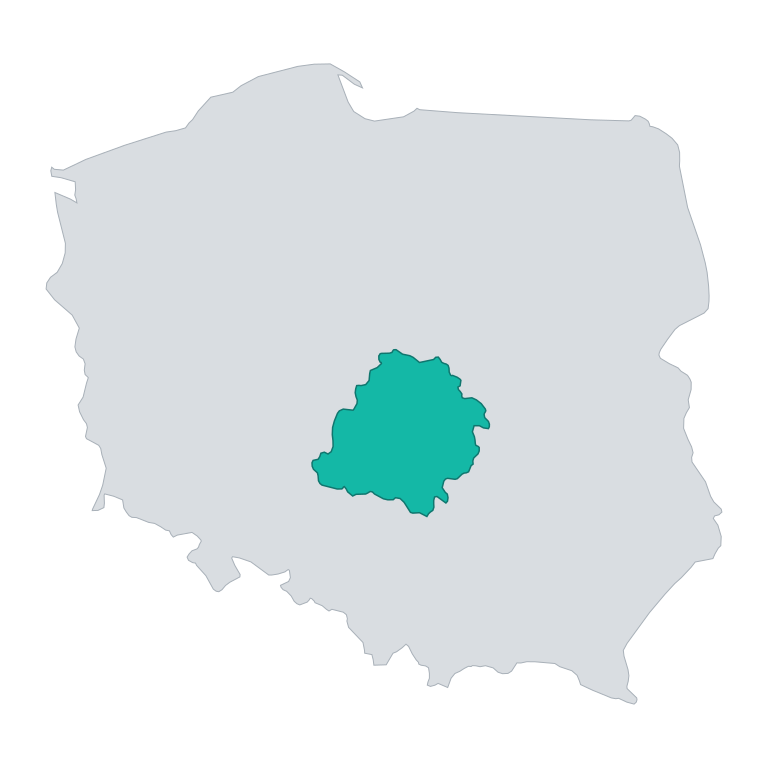 where Łódź sits in Poland
{"feature_id": "POL-3147", "entity_name": "Łódź", "entity_type": "Voivodeship", "adm_level": 1, "iso_a3": "POL", "parent_name": "Poland", "parent_adm1": "", "projection": "mercator", "projection_center": [19.498, 51.569], "detail": "fine", "context": "in_parent", "style": "filled", "palette": "teal", "viewbox_px": 768, "rotation_deg": 0, "n_neighbors": 0, "source": "natural_earth", "source_scale": "10m", "svg_char_len": 5616}
<svg xmlns="http://www.w3.org/2000/svg" viewBox="0 0 768 768"><path d="M688.0,439.4L691.6,446.9L693.1,452.8L691.6,457.4L692.0,462.0L705.5,481.8L710.6,496.3L713.8,501.9L721.2,509.1L721.9,512.1L718.9,514.8L714.6,515.9L713.3,518.5L717.9,525.2L721.2,536.5L720.8,545.7L718.3,548.1L715.1,553.6L712.9,558.6L695.2,562.0L691.0,567.4L681.3,577.7L674.7,583.6L664.9,594.3L649.5,612.6L627.1,643.3L623.3,650.3L624.0,656.1L628.0,669.6L628.9,675.7L628.2,681.3L626.9,686.3L627.1,688.6L636.7,697.9L637.0,699.8L636.2,702.2L634.1,704.1L626.8,702.1L618.6,698.3L615.8,698.7L611.3,697.9L593.0,690.4L580.6,684.6L579.4,680.8L577.1,675.3L571.8,670.7L559.8,666.7L554.9,663.5L535.3,661.8L526.8,661.7L520.8,663.0L516.9,662.9L511.6,671.1L508.0,673.4L502.6,673.7L498.0,672.2L493.2,667.9L485.5,665.7L480.0,666.7L475.9,665.8L472.4,665.6L471.2,666.5L468.4,666.3L464.3,668.4L459.8,671.3L454.9,673.5L451.1,678.2L447.7,687.5L438.1,683.4L434.9,685.2L430.4,686.4L427.3,685.1L428.0,681.9L429.4,678.3L429.4,673.3L428.5,667.7L425.5,665.9L421.1,665.2L418.8,664.1L418.5,662.3L416.2,659.9L412.3,653.9L408.6,646.4L406.0,644.2L402.2,647.7L396.5,651.8L393.0,653.2L386.2,664.8L373.9,665.2L373.2,659.8L371.9,654.6L364.7,653.2L364.5,650.2L363.0,642.5L348.6,627.4L346.9,621.1L347.4,618.7L346.4,614.7L343.3,612.2L331.9,609.3L329.0,611.0L326.4,609.3L322.2,605.7L315.0,602.7L314.3,601.2L311.7,598.6L310.2,598.2L309.3,599.8L307.2,602.1L299.8,604.9L296.9,603.7L294.2,601.3L291.2,596.0L286.7,591.3L283.1,589.7L281.0,587.2L280.5,585.3L288.6,581.5L290.4,577.6L289.4,570.4L288.2,569.5L284.9,571.9L278.2,574.0L271.9,575.0L268.7,575.0L250.9,561.9L239.3,557.9L232.5,556.7L231.7,558.1L234.8,565.4L240.1,574.5L239.9,576.9L229.9,582.2L225.6,585.4L222.0,589.7L218.8,591.7L216.1,591.2L213.3,589.1L205.9,575.7L196.6,565.4L195.5,563.1L192.6,562.6L188.5,560.3L187.1,557.1L189.2,553.8L192.0,550.8L197.0,548.9L198.5,547.2L199.4,544.5L201.3,541.1L200.8,539.9L197.2,536.0L192.0,532.4L177.3,535.1L173.3,537.1L171.1,534.5L169.4,530.8L165.7,530.1L160.6,526.7L154.6,523.4L148.7,522.4L136.5,517.6L131.8,517.3L129.1,515.7L126.3,512.0L123.9,508.0L122.6,499.9L113.6,496.2L104.7,493.9L104.1,495.1L104.4,503.3L103.9,507.6L98.0,510.4L92.2,510.6L92.5,509.3L99.5,494.5L102.7,485.2L106.2,468.2L101.9,454.7L100.7,448.4L98.7,445.3L86.5,438.7L85.5,436.5L87.4,427.5L86.5,423.7L83.5,419.7L79.6,411.8L78.1,405.0L83.1,397.1L86.5,383.2L88.3,377.6L85.1,374.5L84.3,370.1L85.1,363.8L83.4,359.1L79.1,356.0L76.2,351.9L74.9,346.9L76.0,339.0L79.3,328.1L72.2,315.1L54.6,299.8L46.1,289.0L46.8,282.9L50.5,277.3L57.2,272.3L62.3,263.5L65.2,252.9L65.4,243.3L57.6,212.3L56.3,204.5L54.9,192.5L70.4,199.1L76.9,202.9L76.1,198.7L74.8,195.1L75.6,189.8L75.2,181.8L61.1,177.7L51.8,176.3L50.8,170.8L51.7,167.2L54.3,169.3L63.4,170.1L85.9,159.4L124.6,145.3L166.1,132.1L175.7,130.7L185.5,127.9L189.1,122.9L192.6,119.6L198.3,110.9L210.8,97.2L232.8,92.2L241.1,85.7L258.3,76.6L297.7,66.4L314.1,64.2L330.2,63.9L344.6,72.0L359.8,81.9L362.5,87.9L354.3,84.2L342.3,75.2L337.9,74.9L348.1,102.0L353.7,111.5L365.0,118.7L374.5,121.1L403.6,116.8L414.0,111.1L417.0,108.3L419.7,109.7L457.9,112.7L590.7,119.8L628.9,120.9L631.2,120.2L635.1,115.6L639.8,116.2L645.4,119.1L648.1,121.2L649.2,123.5L649.9,126.3L652.9,126.8L658.6,128.9L666.1,133.7L672.1,138.3L677.7,144.9L679.6,152.4L679.7,160.8L679.4,166.2L687.6,207.4L700.5,244.8L705.2,262.7L707.1,272.3L708.6,286.0L709.1,295.7L709.0,301.1L708.1,308.6L704.2,313.0L679.5,325.6L674.9,329.5L667.6,339.3L660.8,349.3L659.3,352.7L658.9,355.0L660.4,358.3L669.2,363.6L678.1,367.9L681.0,371.2L687.5,375.3L689.9,379.0L691.2,382.2L691.1,389.6L688.2,399.8L689.4,407.6L686.4,412.7L683.9,418.4L683.6,428.4L688.0,439.4Z" fill="#d9dde1" stroke="#a8b0b8" stroke-width="1"/><path d="M396.1,349.7L402.6,354.2L409.8,355.7L413.2,357.4L419.5,362.5L433.6,359.5L435.7,357.3L438.3,357.1L440.1,359.4L441.7,362.3L443.9,363.4L446.3,364.1L448.1,365.4L449.0,368.2L449.2,372.1L450.6,375.2L451.6,375.7L452.6,375.4L457.3,377.3L459.9,379.1L460.9,380.3L460.1,385.8L457.9,387.1L458.4,389.5L460.3,391.6L461.9,394.0L461.7,396.0L462.3,397.8L464.7,398.6L471.9,397.8L476.4,399.9L481.3,403.7L485.3,409.0L485.8,410.8L485.2,412.1L484.5,413.1L484.1,414.5L484.7,417.6L488.4,421.4L489.4,424.2L489.3,426.8L488.4,428.6L483.5,427.9L479.4,425.7L474.1,425.7L472.4,431.8L474.4,436.7L475.0,440.0L475.3,443.5L475.8,445.3L478.3,446.5L479.2,447.5L479.2,451.0L478.0,453.9L473.7,458.0L472.8,461.0L473.1,464.1L471.1,465.6L468.6,471.8L466.4,472.8L464.1,473.1L462.0,474.2L457.3,478.7L455.1,479.3L447.6,478.3L445.5,479.0L443.8,481.2L442.2,487.7L445.3,492.4L447.3,494.1L448.0,497.7L447.5,501.2L445.9,503.0L437.0,496.5L434.6,496.9L433.7,500.4L433.7,503.8L433.9,507.2L432.8,510.4L430.4,512.0L428.5,513.8L426.9,516.5L419.5,512.7L412.8,513.1L410.5,512.4L404.1,502.3L400.1,498.5L395.5,497.7L393.2,499.7L387.8,499.8L383.4,498.8L374.5,494.0L372.4,491.9L370.1,491.5L367.9,492.9L365.7,494.0L356.1,494.3L352.7,496.0L347.7,491.9L346.1,488.8L344.3,486.6L343.5,487.0L342.8,488.1L341.9,488.9L337.2,489.0L322.0,485.1L320.0,483.5L318.5,480.8L318.1,475.7L317.4,472.8L313.5,469.3L312.2,466.3L312.0,462.8L313.1,460.4L318.1,459.3L319.8,456.6L320.9,453.2L324.3,452.2L328.0,454.0L331.2,451.7L333.1,446.5L333.0,440.7L332.3,434.7L332.6,427.5L334.4,420.9L337.5,413.3L339.3,410.9L343.2,409.1L353.0,410.2L353.8,409.3L357.0,403.6L357.3,400.1L356.0,396.6L355.2,392.7L355.7,388.9L356.7,385.6L358.8,385.4L361.1,385.6L365.7,384.6L369.1,380.5L369.7,373.6L370.4,370.5L377.2,367.6L381.4,363.6L381.2,362.5L380.2,362.2L378.9,359.5L378.8,355.9L379.4,355.1L379.9,354.0L381.1,353.4L389.5,353.2L392.0,352.4L392.6,351.2L393.5,349.9L394.8,349.7L396.1,349.7Z" fill="#14b8a6" stroke="#0f766e" stroke-width="1.5"/></svg>